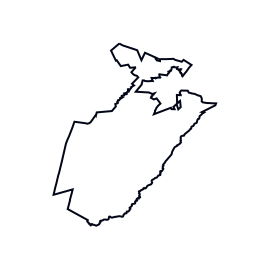 Umguza, Matabeleland North, Zimbabwe, rotated 252°
{"feature_id": "62879985B92853728292751", "entity_name": "Umguza", "entity_type": "district", "adm_level": 2, "iso_a3": "ZWE", "parent_name": "Zimbabwe", "parent_adm1": "Matabeleland North", "projection": "equal_earth", "projection_center": [27.996, -19.86], "detail": "fine", "context": "isolated", "style": "outline", "palette": "ink", "viewbox_px": 256, "rotation_deg": 252, "n_neighbors": 0, "source": "geoboundaries", "source_scale": "gbopen_adm2", "svg_char_len": 5717}
<svg xmlns="http://www.w3.org/2000/svg" viewBox="0 0 256 256"><g transform="rotate(252 128 128)"><path d="M69.5,45.6L52.8,61.3L52.3,60.9L52.0,60.4L51.7,60.4L51.2,60.7L50.4,60.9L49.9,61.4L49.4,61.2L49.1,61.2L48.6,62.1L47.8,62.8L47.6,62.7L47.2,62.3L46.9,62.5L47.1,63.0L47.4,63.2L47.7,63.7L47.8,64.0L47.4,64.4L47.0,64.5L46.5,65.6L46.1,66.0L45.7,66.7L45.0,67.4L44.9,67.9L45.1,68.8L45.1,69.9L45.4,70.9L45.5,71.0L46.2,71.3L46.5,72.3L46.7,72.5L47.2,72.8L47.6,72.6L48.0,72.6L48.2,72.9L48.2,73.9L47.9,75.1L48.4,76.9L47.4,79.4L47.2,79.7L47.1,80.5L47.3,81.2L47.5,81.5L49.3,82.5L49.5,82.8L49.5,83.0L49.3,83.5L48.2,84.3L47.8,84.9L47.6,86.0L47.6,88.1L47.2,89.0L47.2,90.2L46.8,92.5L46.0,94.1L45.4,95.0L45.3,95.3L45.4,95.6L45.5,96.0L46.1,96.6L46.7,96.9L46.9,97.1L47.1,97.7L47.6,98.2L47.7,98.7L47.5,99.5L47.4,100.2L47.5,100.3L48.6,100.8L48.9,101.1L48.9,101.4L48.5,102.2L48.5,102.6L48.8,103.2L49.5,104.3L49.9,104.4L50.1,104.4L50.3,104.5L50.5,105.3L51.1,105.2L51.4,104.9L51.6,104.9L52.5,107.2L53.0,107.8L53.9,107.9L54.3,108.3L54.3,109.3L54.1,110.0L54.1,110.5L54.0,111.0L54.1,111.4L54.5,111.8L55.7,112.0L56.0,112.3L56.2,112.6L56.2,113.1L56.0,113.8L56.2,114.2L56.5,114.1L56.9,113.8L57.1,113.8L57.9,114.6L58.1,115.1L57.7,115.7L57.6,116.3L58.1,116.4L58.4,116.5L58.4,116.9L58.2,117.5L58.2,117.8L58.4,118.1L59.4,118.1L59.7,117.6L60.0,117.6L61.2,118.6L61.8,118.7L62.4,118.3L63.2,118.8L64.2,118.7L64.4,118.9L64.3,120.1L64.8,121.1L64.9,122.2L65.1,122.7L65.0,123.1L65.1,123.6L65.4,124.0L65.9,124.2L66.0,124.4L66.0,124.9L65.4,125.4L65.2,125.7L65.3,126.3L65.5,126.8L66.5,127.9L67.0,128.7L67.3,129.9L67.2,131.4L67.4,132.1L67.3,132.5L67.6,133.0L68.4,134.0L68.8,134.2L69.6,134.0L70.4,134.1L70.7,134.3L71.2,135.0L71.3,136.0L71.6,137.4L72.0,138.1L72.1,138.5L72.0,139.3L72.0,140.2L72.2,140.5L73.1,141.6L73.4,142.2L73.4,143.0L73.3,143.3L73.3,144.1L73.8,144.4L74.0,144.4L74.2,144.1L74.3,144.1L74.6,144.4L75.0,145.1L75.2,145.3L75.6,145.3L76.1,145.0L76.4,145.0L76.8,145.2L77.0,145.6L76.6,146.5L76.6,146.8L76.7,147.2L77.2,147.9L77.8,148.4L78.3,149.0L78.5,149.0L78.6,148.5L78.8,148.4L80.3,149.1L80.9,149.2L81.0,149.5L81.0,149.9L81.1,150.1L82.2,150.0L82.4,150.2L83.3,151.8L84.0,152.7L84.6,153.2L84.8,153.6L89.4,161.2L91.8,162.7L95.0,166.0L95.5,167.1L95.5,167.3L95.9,169.3L96.3,169.3L96.8,171.9L97.9,173.9L98.1,173.9L98.4,173.7L98.6,173.7L99.0,173.9L99.6,174.5L99.8,174.5L100.0,174.2L100.7,174.6L101.5,174.7L102.1,175.2L102.9,175.2L103.3,175.5L103.6,175.9L103.7,176.2L103.8,177.4L103.4,178.6L103.5,179.1L104.2,179.5L104.7,180.1L104.9,180.8L105.9,183.2L105.9,183.5L106.8,185.6L107.7,186.8L107.8,187.7L108.0,187.9L108.4,188.2L109.3,188.5L109.6,188.9L109.7,189.4L109.8,190.8L110.3,191.4L111.4,192.4L111.5,192.6L111.7,194.8L112.0,195.2L112.9,195.6L114.4,196.7L114.9,197.3L114.8,198.3L115.1,198.7L115.9,199.2L116.7,199.5L117.1,199.8L117.3,200.2L118.3,202.4L118.7,203.1L118.9,204.0L119.2,205.0L120.3,203.2L122.6,218.1L124.2,219.4L125.9,214.5L126.4,213.7L127.3,210.9L129.2,207.2L130.5,206.3L132.2,207.0L133.7,207.3L135.9,206.9L137.1,205.1L137.1,204.9L139.9,201.9L140.3,200.9L141.0,199.8L141.3,199.0L141.6,198.8L142.9,196.7L145.0,196.4L147.2,190.2L146.6,189.2L145.5,188.0L144.5,188.2L143.9,188.0L143.5,188.3L143.2,188.4L142.9,188.3L144.3,184.7L136.2,182.3L136.1,182.7L136.3,183.0L137.0,183.2L137.1,183.7L136.9,184.0L137.3,184.6L137.7,185.9L131.6,184.6L130.2,181.6L135.7,181.5L134.0,177.7L131.5,178.1L132.5,175.2L134.0,175.1L133.1,156.9L134.7,158.3L135.2,158.7L136.2,159.1L136.7,159.8L138.1,161.0L139.1,162.3L139.9,163.6L141.2,166.4L147.3,164.4L147.2,161.4L149.7,159.1L150.0,159.3L150.4,160.1L150.8,160.1L151.1,161.1L151.8,161.4L152.0,161.7L152.1,162.0L151.9,162.6L152.8,163.9L152.8,161.7L155.3,158.9L155.5,158.7L155.5,158.4L156.0,157.1L160.1,146.6L165.0,154.3L168.7,156.6L168.3,158.0L167.4,158.7L165.9,162.5L165.8,164.2L165.4,164.8L165.2,165.6L165.0,166.1L168.3,165.9L167.3,168.9L167.4,169.1L167.2,169.8L166.7,169.8L166.8,171.8L166.0,174.2L166.1,174.3L166.5,173.9L167.1,173.9L168.4,174.2L169.2,174.2L169.4,174.4L166.0,181.4L167.7,183.3L167.6,183.7L167.8,183.9L168.4,184.4L169.1,184.1L169.1,184.5L168.6,184.8L168.6,185.0L169.5,185.7L169.1,186.3L169.3,186.7L170.4,187.5L172.1,188.3L172.1,190.4L171.6,190.4L171.3,191.4L170.6,192.6L170.5,193.8L169.0,192.8L168.9,192.9L168.8,193.6L167.6,194.0L167.8,194.6L167.8,196.0L167.5,196.6L165.9,194.8L164.6,194.8L164.2,195.4L163.9,195.2L163.6,195.4L162.7,195.6L162.7,195.8L161.2,195.8L161.2,195.6L160.1,195.6L159.7,195.0L162.2,198.6L163.5,200.7L166.7,205.0L168.3,207.9L175.6,201.9L175.5,201.7L174.4,199.6L178.3,193.8L179.7,192.7L181.5,186.3L183.6,179.6L181.8,179.1L182.2,178.5L182.7,178.9L183.0,178.1L182.5,177.9L183.3,176.4L185.0,175.8L185.2,177.4L194.3,167.4L188.3,161.7L199.1,160.8L208.1,148.6L211.1,145.7L211.0,145.8L206.9,135.8L195.8,137.3L195.9,138.2L189.1,140.3L188.2,147.7L184.6,148.6L183.5,153.5L183.0,153.5L180.0,148.5L178.4,149.1L176.5,150.3L175.7,151.3L175.0,152.5L173.0,153.4L168.8,145.5L166.6,146.9L165.9,143.7L165.5,143.9L164.0,141.7L164.3,141.5L164.5,140.4L164.9,140.2L164.9,139.9L163.8,139.6L162.7,140.2L162.3,139.8L162.6,139.1L162.4,138.0L162.0,137.8L162.0,137.2L160.8,137.4L160.7,136.7L161.3,136.2L161.9,136.0L162.0,135.6L161.5,135.7L161.5,134.9L160.7,135.1L160.0,134.1L160.4,133.3L160.6,132.6L160.4,131.8L159.1,131.4L158.7,132.0L158.4,130.8L158.9,130.5L158.9,130.2L158.9,129.7L158.1,129.7L157.1,128.0L157.6,127.3L156.2,125.9L155.6,126.3L155.3,125.9L154.8,125.8L154.7,123.3L152.3,123.1L149.1,117.9L152.5,103.1L150.3,101.7L150.6,101.7L145.6,95.0L145.0,94.1L144.6,92.8L144.6,90.7L145.6,89.2L150.5,79.0L145.4,75.1L138.4,69.4L135.1,66.4L132.2,64.1L116.9,54.9L106.2,48.3L104.6,47.1L97.2,42.6L94.0,40.5L87.5,36.6L86.7,56.4L84.1,54.8L77.7,50.6L77.3,50.6L69.5,45.6Z" fill="none" stroke="#020617" stroke-width="2"/></g></svg>